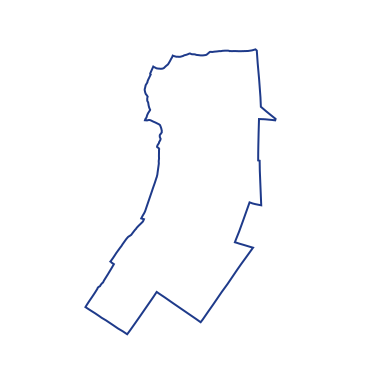 Rojiste, Dolj, Romania (Mercator projection), rotated 106°
{"feature_id": "2599482B74221959783433", "entity_name": "Rojiste", "entity_type": "district", "adm_level": 2, "iso_a3": "ROU", "parent_name": "Romania", "parent_adm1": "Dolj", "projection": "mercator", "projection_center": [23.915, 44.025], "detail": "fine", "context": "isolated", "style": "outline", "palette": "blue", "viewbox_px": 384, "rotation_deg": 106, "n_neighbors": 0, "source": "geoboundaries", "source_scale": "gbopen_adm2", "svg_char_len": 4258}
<svg xmlns="http://www.w3.org/2000/svg" viewBox="0 0 384 384"><g transform="rotate(106 192 192)"><path d="M332.0,262.7L333.5,257.9L335.3,251.7L336.9,246.8L337.8,244.3L339.1,239.3L341.8,230.9L343.6,225.5L345.0,220.1L346.6,215.1L342.1,213.4L333.8,210.5L326.0,207.8L303.8,200.3L297.8,198.4L298.7,195.8L300.8,189.2L303.9,180.2L306.4,172.7L309.6,163.1L313.0,152.9L314.8,147.8L311.5,146.5L301.7,143.2L294.2,140.6L280.0,135.9L270.7,132.5L254.5,127.2L247.8,124.9L240.4,122.2L235.4,120.4L228.7,118.0L228.7,121.0L228.6,128.4L228.6,132.4L228.5,134.6L228.5,136.9L225.8,136.7L217.0,135.8L205.4,135.0L186.1,133.8L186.3,130.5L186.2,127.7L186.0,125.2L185.7,121.8L152.8,132.7L143.3,135.6L143.4,137.1L135.9,139.2L129.6,140.9L116.3,144.4L103.4,147.7L102.0,142.0L100.7,135.0L100.2,131.8L98.7,131.8L96.3,137.5L94.0,142.9L91.1,149.3L82.1,152.3L65.3,158.5L50.0,164.4L38.2,168.7L37.4,170.3L39.3,173.3L41.0,177.0L43.1,183.6L43.9,186.4L44.7,189.7L45.5,192.2L45.9,193.7L46.2,194.7L46.1,195.3L46.2,196.3L47.1,199.4L47.9,201.6L48.7,203.2L49.1,204.7L49.9,206.5L50.9,209.1L51.9,211.3L52.0,212.1L52.1,212.6L52.3,213.2L52.5,213.5L53.4,214.1L54.5,214.8L55.4,215.4L56.1,215.9L56.7,216.9L57.7,219.2L58.3,221.3L58.6,223.3L59.0,225.6L58.9,227.2L59.2,228.4L59.3,229.1L59.6,229.8L59.6,230.6L59.5,231.4L59.4,231.9L59.6,232.6L60.6,233.8L61.5,235.0L62.1,236.0L62.7,237.1L63.7,238.1L64.4,239.2L65.1,240.3L65.4,241.0L65.7,241.9L65.8,242.8L66.2,243.9L66.3,244.6L66.3,245.6L66.3,246.6L66.3,247.4L66.2,248.1L68.1,248.3L69.9,248.8L72.0,249.2L74.7,249.9L76.0,250.3L76.6,250.7L77.3,251.2L78.2,251.8L79.7,252.7L80.5,253.1L80.9,253.6L81.4,254.1L81.9,255.2L82.2,256.1L82.5,257.8L82.7,258.6L82.9,260.3L82.7,261.1L82.5,262.0L82.4,262.9L82.1,263.8L87.7,264.6L88.6,264.7L89.3,264.8L90.0,264.8L90.3,264.5L90.5,264.1L95.2,264.9L97.1,265.2L97.9,265.2L98.5,265.2L98.9,265.1L99.4,265.2L100.0,265.4L100.7,265.6L101.5,265.8L101.8,265.9L102.3,266.0L102.9,265.9L103.4,265.9L104.9,265.8L105.7,265.8L106.2,265.8L106.5,265.7L107.0,265.6L108.7,264.7L109.4,264.3L110.7,263.3L111.0,262.7L111.3,262.4L111.7,261.9L111.9,261.6L112.1,261.4L112.4,261.2L112.6,260.9L112.8,260.9L113.3,260.9L113.7,260.9L114.5,260.8L114.9,260.7L115.3,260.5L115.6,260.5L116.0,260.4L116.4,260.2L116.9,259.9L117.2,259.7L117.4,259.4L117.6,259.2L117.9,258.9L118.1,258.8L118.3,258.7L119.4,258.2L120.2,257.8L120.9,257.5L121.5,257.1L122.4,256.6L123.2,256.0L124.1,255.3L124.5,254.9L125.1,254.9L125.5,255.1L126.9,255.5L128.1,255.9L128.7,256.0L129.9,256.2L130.7,256.3L132.1,256.3L132.9,256.3L133.3,256.4L133.5,256.5L133.9,256.6L134.2,256.6L134.4,256.8L134.7,256.9L135.3,256.9L135.8,257.0L136.0,257.0L135.9,256.5L135.8,255.9L135.5,254.8L135.2,254.2L134.8,253.6L134.5,252.8L134.5,252.1L134.5,251.4L135.0,248.7L135.3,246.3L135.7,244.2L136.0,242.5L136.5,241.2L137.9,240.1L139.3,239.1L140.8,238.3L141.5,237.9L142.6,237.7L143.0,237.5L143.7,237.7L144.1,237.9L144.9,238.1L145.5,238.5L146.0,238.6L146.5,238.6L147.0,238.4L147.4,238.3L147.9,238.2L148.3,237.8L148.8,237.5L149.2,237.1L149.4,236.9L149.7,236.8L150.0,236.8L150.4,236.8L150.7,236.8L151.0,236.8L151.4,237.0L151.7,237.0L152.0,237.1L152.3,237.1L153.2,237.4L153.8,237.3L154.4,237.3L154.9,237.5L155.6,237.8L156.5,238.0L157.4,238.1L158.0,238.1L158.4,237.9L158.6,237.5L158.8,236.6L159.1,236.0L159.7,235.4L160.8,235.3L161.4,235.1L162.8,234.7L166.5,233.7L169.0,232.9L171.5,232.5L173.9,231.7L177.4,231.2L183.7,230.3L184.9,230.1L186.0,230.1L187.2,230.0L188.2,230.1L191.4,230.2L194.0,230.3L199.1,230.6L201.0,230.7L201.6,230.7L219.6,231.6L222.0,231.7L223.7,231.8L225.8,232.2L227.6,232.7L230.7,233.4L231.4,233.5L231.4,230.7L233.2,230.9L234.0,231.1L234.4,231.3L235.5,231.9L237.6,233.1L239.3,234.1L240.7,234.8L241.6,235.3L242.4,235.5L242.8,235.6L243.4,236.0L245.0,236.7L246.5,237.3L247.8,237.8L248.8,238.2L249.5,238.4L250.1,238.7L250.5,239.1L251.2,239.6L251.9,240.3L252.9,241.1L255.3,242.2L258.1,243.2L261.5,244.4L263.6,245.0L265.0,245.6L266.9,246.3L271.3,247.9L273.6,248.6L277.1,249.7L279.6,250.6L281.2,251.2L281.2,250.8L281.6,250.4L281.8,250.3L282.0,250.0L282.3,249.0L282.9,247.2L287.7,248.4L294.7,250.3L301.3,252.2L303.5,252.6L304.2,253.1L304.9,253.5L306.3,254.1L307.9,254.5L309.1,255.7L310.1,256.2L311.2,256.3L315.7,257.6L320.4,259.1L325.2,260.7L329.1,261.9L332.0,262.7Z" fill="none" stroke="#1e3a8a" stroke-width="2"/></g></svg>